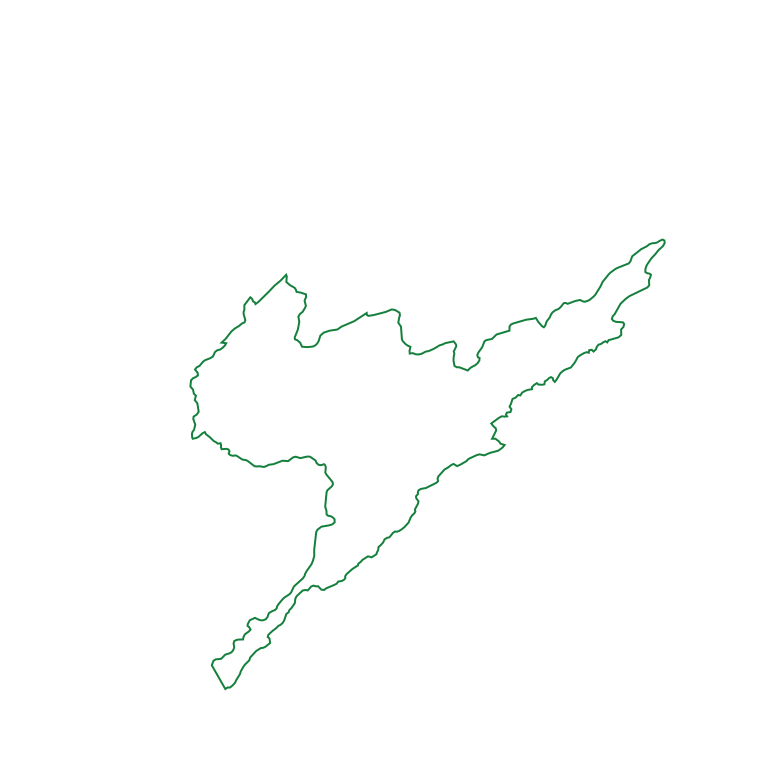 the district of Porteirinha, Minas Gerais, Brazil, rotated 233°
{"feature_id": "56859067B51035287448150", "entity_name": "Porteirinha", "entity_type": "district", "adm_level": 2, "iso_a3": "BRA", "parent_name": "Brazil", "parent_adm1": "Minas Gerais", "projection": "equal_earth", "projection_center": [-43.104, -15.747], "detail": "fine", "context": "isolated", "style": "outline", "palette": "green", "viewbox_px": 768, "rotation_deg": 233, "n_neighbors": 0, "source": "geoboundaries", "source_scale": "gbopen_adm2", "svg_char_len": 6152}
<svg xmlns="http://www.w3.org/2000/svg" viewBox="0 0 768 768"><g transform="rotate(233 384 384)"><path d="M280.4,603.0L284.9,606.2L285.4,609.4L287.3,611.9L289.5,611.9L294.1,606.6L296.7,605.1L298.8,605.1L300.5,607.5L300.9,610.1L305.8,621.4L306.5,628.0L306.5,632.8L302.6,652.4L303.3,655.3L307.6,658.2L309.0,660.9L310.7,663.0L312.6,662.3L314.0,660.9L316.1,660.1L318.1,661.6L319.6,663.5L320.8,665.4L323.5,673.3L324.3,678.4L325.7,683.7L326.2,689.6L327.6,692.9L329.8,694.3L331.7,693.4L332.4,690.5L332.6,687.5L333.4,685.3L334.8,683.3L335.9,680.1L335.8,677.0L336.9,670.4L336.6,659.0L333.6,654.5L333.0,652.0L336.1,640.8L336.6,638.1L336.7,632.2L336.3,629.2L334.0,620.1L331.5,615.3L328.2,606.7L327.7,604.3L327.4,598.3L328.8,593.9L330.5,592.4L333.0,591.3L335.2,586.7L337.5,578.9L339.4,577.9L340.4,576.2L339.1,571.4L338.9,568.3L339.8,565.3L339.8,561.8L339.1,559.4L337.4,556.4L336.1,551.6L333.6,547.9L333.1,545.8L335.0,545.0L340.8,544.6L345.4,545.0L346.3,542.4L349.8,536.2L354.6,523.6L355.1,521.0L354.4,518.9L351.1,516.3L355.8,503.7L355.0,497.3L357.4,492.3L357.6,489.9L354.3,484.5L352.3,478.2L351.0,475.9L348.8,475.1L347.3,476.0L345.4,474.3L344.3,471.3L344.1,468.4L344.9,463.3L344.4,459.0L351.9,454.3L353.6,452.2L356.1,451.2L360.8,453.6L363.0,455.3L366.0,458.5L368.0,459.3L370.6,464.4L372.2,465.3L376.1,465.3L379.7,457.7L380.4,454.3L381.4,451.8L382.1,445.1L383.5,439.2L384.7,437.1L385.5,432.3L386.8,429.3L388.9,427.0L391.3,425.6L392.8,422.9L395.2,424.4L397.8,427.5L400.4,426.0L403.1,425.2L407.1,424.8L408.9,425.2L419.6,432.1L424.3,432.3L427.6,435.7L429.2,438.0L431.6,439.3L436.4,437.4L438.9,435.1L440.5,428.8L445.2,417.4L447.6,412.8L449.3,411.9L451.1,412.9L452.1,398.0L455.4,384.6L455.6,379.5L459.3,372.7L461.3,366.8L461.0,362.4L457.4,357.3L456.4,354.5L456.2,352.1L456.8,349.5L459.8,344.7L463.1,341.0L467.6,341.9L471.3,341.0L473.3,339.8L474.9,340.7L479.3,347.9L484.5,353.7L489.4,356.2L490.5,359.1L490.6,362.4L492.4,367.0L493.5,368.7L498.3,370.7L500.5,374.3L502.6,375.6L507.2,372.4L510.2,369.6L512.4,370.4L514.7,370.5L519.5,368.4L524.3,367.4L528.3,371.0L530.1,371.6L528.8,363.3L528.4,355.6L527.1,347.9L525.1,333.0L525.2,329.5L526.7,330.0L528.7,329.2L531.5,329.9L533.7,329.4L531.0,319.9L527.4,317.2L526.0,315.2L524.4,314.0L518.4,311.7L517.2,309.7L517.8,306.6L517.6,303.3L518.1,298.0L517.8,293.7L515.3,284.5L514.8,279.2L511.5,282.5L510.5,280.1L510.0,276.8L510.2,273.6L511.3,271.1L511.2,268.1L508.9,263.9L509.2,260.7L510.7,255.4L510.7,252.7L509.5,247.7L510.0,244.2L509.3,241.8L505.0,241.9L502.8,240.5L502.9,237.6L503.5,235.0L503.1,232.1L498.4,227.8L494.5,228.1L490.6,226.3L487.9,226.8L485.0,223.2L480.9,223.3L473.4,219.3L472.3,216.1L472.5,212.3L470.8,210.6L465.1,208.8L461.7,204.7L461.2,202.7L460.1,200.9L457.1,198.8L455.4,198.3L453.9,201.5L453.4,203.9L453.9,209.6L453.4,212.0L450.9,211.6L446.8,212.8L440.8,213.7L438.7,214.8L436.4,215.3L435.1,217.8L433.3,217.1L431.5,215.6L429.6,215.1L427.0,219.2L425.3,220.4L423.2,220.1L421.8,218.0L419.6,218.5L417.5,220.2L416.5,222.2L415.2,223.2L408.9,225.4L406.1,228.1L404.3,228.9L396.3,231.1L394.6,232.9L393.5,234.8L390.0,238.2L389.1,241.0L388.9,243.2L386.5,247.5L383.8,256.8L380.1,261.0L380.1,267.4L379.0,269.8L375.2,272.5L372.1,279.3L370.4,281.2L364.0,283.3L361.6,282.6L358.9,283.1L357.0,284.9L356.1,287.8L354.5,288.1L352.5,287.4L348.7,283.9L346.5,283.5L336.7,283.9L334.6,282.9L333.7,280.7L333.2,274.8L332.0,272.9L321.4,263.2L317.3,261.7L314.4,259.7L312.5,260.0L310.3,262.0L307.9,262.9L305.7,263.1L303.2,261.3L303.0,258.2L304.1,255.2L307.7,248.2L307.7,243.2L306.6,240.8L293.5,228.4L288.5,224.7L285.3,220.4L283.7,217.6L281.1,209.5L279.8,206.7L278.5,205.0L277.6,202.2L276.5,190.2L273.4,184.3L273.0,181.6L273.4,175.5L272.9,172.4L271.5,166.8L270.6,164.6L269.4,163.2L269.1,161.0L269.9,157.9L270.3,154.1L268.0,150.7L267.3,148.1L267.9,145.6L269.0,143.8L271.0,142.2L274.9,140.2L276.1,134.7L274.2,130.6L272.9,129.4L271.0,130.0L268.1,129.6L267.7,126.9L267.8,122.3L266.7,119.8L264.8,117.7L267.4,114.1L268.4,112.0L268.8,109.7L267.3,107.7L263.8,105.9L262.2,103.5L261.5,100.7L261.9,98.5L263.4,94.3L262.5,88.6L265.3,84.0L265.6,81.3L263.0,77.2L235.9,73.7L235.8,76.4L234.3,78.2L234.4,81.7L235.0,85.1L236.6,88.1L238.9,94.2L240.7,96.7L242.7,101.3L243.6,104.0L244.4,110.2L246.1,112.4L247.2,118.6L247.7,121.4L247.2,126.8L245.9,129.0L245.5,131.7L245.7,137.2L249.7,139.4L251.9,138.9L253.3,140.7L253.9,146.4L253.9,151.4L254.4,154.1L253.9,156.4L254.2,159.4L255.2,161.9L259.1,167.6L259.1,170.4L260.4,172.4L260.7,174.9L262.6,180.8L265.9,184.0L267.1,186.4L268.0,195.0L266.5,197.6L265.0,198.9L266.1,203.9L265.4,206.4L263.4,207.8L262.2,209.6L257.6,210.2L255.6,212.0L255.6,215.0L253.5,223.2L253.0,226.0L253.8,228.6L252.1,231.6L251.7,234.4L252.3,236.4L253.8,237.2L254.7,239.7L255.3,247.7L254.8,254.0L256.0,255.5L255.9,257.9L256.5,261.1L256.0,267.5L253.0,269.8L252.6,275.5L253.7,276.9L255.0,279.6L257.1,281.5L257.3,284.7L258.0,288.0L259.6,291.0L259.3,293.9L258.3,296.1L259.7,301.5L259.6,304.0L258.3,305.3L257.6,307.4L257.3,310.4L257.4,314.2L258.5,320.1L261.4,325.1L262.2,327.6L262.5,330.6L263.4,332.4L265.2,333.2L267.9,339.0L269.5,340.9L273.4,341.0L275.1,342.0L275.7,344.9L277.3,346.0L278.3,347.6L278.0,350.3L275.7,354.9L273.5,366.8L274.0,368.9L276.2,369.8L277.5,371.9L279.3,381.0L278.8,384.4L278.8,389.3L278.2,391.5L274.5,392.9L273.7,396.0L272.8,403.4L273.3,406.4L271.4,415.3L270.3,418.0L266.6,421.2L265.3,426.9L262.0,435.0L261.9,440.4L262.7,443.6L266.3,441.1L268.8,441.3L273.3,440.0L275.2,437.4L279.5,445.8L281.6,446.6L284.0,446.0L287.9,445.9L287.8,455.5L287.3,458.7L285.1,461.0L284.1,462.8L286.2,463.0L287.2,465.0L285.5,468.1L287.2,470.6L290.3,470.6L291.9,473.7L294.7,477.6L293.9,481.0L294.5,484.5L292.8,486.0L294.0,489.2L293.6,492.2L292.9,495.0L290.8,499.0L292.4,500.2L292.9,503.2L292.7,506.6L290.6,507.0L288.1,510.0L287.2,511.9L289.3,514.0L289.0,517.0L289.4,519.2L289.0,521.5L287.2,522.3L285.0,521.4L282.9,521.7L283.5,524.1L286.4,531.1L286.7,533.6L286.6,536.8L284.7,543.2L286.5,549.8L288.9,555.0L288.9,557.5L288.3,562.4L287.4,565.1L285.7,566.3L287.5,568.3L286.3,570.5L283.8,570.9L284.1,574.0L285.6,576.3L286.3,578.9L285.4,581.4L285.3,584.7L284.8,586.7L282.9,587.3L283.8,589.8L280.1,599.4L280.4,603.0Z" fill="none" stroke="#15803d" stroke-width="2"/></g></svg>